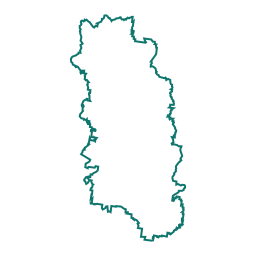 outline of Somerset, Queensland, Australia
{"feature_id": "25037944B77651628616749", "entity_name": "Somerset", "entity_type": "district", "adm_level": 2, "iso_a3": "AUS", "parent_name": "Australia", "parent_adm1": "Queensland", "projection": "natural_earth1", "projection_center": [152.451, -27.012], "detail": "fine", "context": "isolated", "style": "outline", "palette": "teal", "viewbox_px": 256, "rotation_deg": 0, "n_neighbors": 0, "source": "geoboundaries", "source_scale": "gbopen_adm2", "svg_char_len": 5743}
<svg xmlns="http://www.w3.org/2000/svg" viewBox="0 0 256 256"><path d="M183.7,189.9L183.8,188.7L185.0,187.8L185.1,186.2L184.5,185.1L182.1,184.8L180.9,185.5L177.9,184.0L176.3,184.6L176.4,181.5L173.2,180.9L172.5,178.7L172.5,176.9L174.3,174.4L174.1,173.2L176.0,171.2L175.7,169.9L176.2,168.5L175.9,166.6L176.2,165.8L178.7,162.5L180.4,161.3L180.5,160.4L181.2,160.2L180.5,158.6L182.2,156.0L180.3,150.2L180.7,147.5L181.2,147.3L181.4,146.3L178.6,146.2L176.9,145.0L173.9,144.3L172.1,144.6L171.7,143.4L173.5,142.2L173.0,139.2L171.9,137.1L174.8,137.5L174.8,136.8L174.4,137.2L173.8,136.7L173.8,135.4L175.3,134.2L175.2,132.4L176.0,131.9L176.2,130.6L174.9,128.1L175.1,127.5L172.8,124.2L173.1,123.0L173.6,123.1L173.8,122.5L173.3,122.5L173.4,121.4L172.8,121.7L172.3,121.3L172.3,120.0L173.2,118.7L170.9,118.6L169.7,119.4L169.4,118.7L170.2,117.4L168.6,116.8L168.5,116.3L167.5,116.6L167.9,115.3L169.3,115.4L169.7,114.2L170.2,114.3L170.2,113.6L170.8,113.2L170.5,111.2L171.1,110.0L171.7,110.2L171.9,109.2L173.5,108.2L169.1,107.5L170.1,106.7L170.2,104.7L173.7,104.9L173.9,103.8L173.6,101.7L173.0,101.4L173.4,100.6L171.7,98.8L171.9,98.1L171.5,96.9L170.9,96.9L170.4,95.8L170.8,94.4L170.0,93.3L170.2,92.6L172.0,91.5L171.7,90.6L172.1,89.8L170.9,89.3L172.1,88.6L172.5,87.3L172.0,86.7L172.1,84.7L171.0,84.2L170.5,83.3L170.2,79.9L168.0,78.9L166.3,80.0L166.0,78.2L165.5,77.6L164.4,78.2L159.3,76.8L158.6,75.1L157.4,74.7L156.2,73.3L156.0,72.4L156.7,71.9L156.1,71.4L155.5,68.4L153.1,66.6L151.8,66.2L150.8,66.6L150.8,64.7L151.9,63.1L151.5,62.6L151.6,61.3L151.0,61.3L156.1,54.2L156.9,47.8L156.3,47.8L155.8,45.1L156.3,44.4L154.6,44.1L155.0,43.5L154.8,41.8L152.7,41.6L151.3,39.5L144.2,38.5L144.8,40.5L146.0,42.3L145.5,42.7L135.0,41.2L135.3,39.2L133.7,38.9L134.0,36.6L132.2,36.3L132.7,34.2L132.3,34.1L133.1,33.8L133.8,31.1L132.8,30.5L132.7,31.5L131.6,32.5L131.5,29.7L132.1,28.9L132.1,27.2L132.9,26.1L133.5,21.7L133.0,22.3L132.0,22.1L132.7,16.9L131.6,16.9L131.3,17.5L129.6,17.7L129.0,18.3L127.5,17.7L126.0,19.6L125.3,19.0L123.9,20.1L123.2,19.3L121.6,19.3L120.6,17.3L119.6,17.5L118.9,18.1L116.1,18.5L115.3,19.3L112.0,20.3L111.5,21.0L110.7,19.4L109.5,18.6L109.6,18.0L108.4,17.8L107.8,16.6L106.4,15.4L105.1,15.4L104.4,15.6L104.0,17.8L103.3,18.7L101.9,18.9L102.0,20.1L101.0,21.8L97.0,23.4L97.8,24.0L97.3,26.4L95.6,25.7L94.3,27.5L93.3,27.2L89.4,21.9L88.6,21.7L86.5,19.7L85.5,20.4L84.7,19.8L84.4,20.9L83.7,21.4L82.3,20.6L81.3,20.9L80.8,22.4L81.5,23.9L81.0,25.0L79.6,26.2L79.9,28.6L80.7,29.3L79.8,31.2L80.4,32.0L80.1,33.0L81.4,37.1L80.6,40.7L82.6,43.6L80.4,45.1L81.4,47.9L80.1,50.5L80.5,52.8L78.6,52.6L78.4,53.8L76.6,54.7L76.3,55.2L72.3,56.7L70.9,58.8L71.3,62.2L72.5,62.9L72.8,64.6L75.5,65.8L75.2,66.3L75.8,67.1L77.6,66.6L81.1,71.3L80.4,72.1L80.9,73.5L83.1,72.4L82.2,71.4L82.2,70.7L84.2,70.7L83.9,73.3L86.1,73.7L84.7,75.9L85.1,76.7L84.7,79.0L85.9,80.3L86.8,79.9L88.6,82.1L87.8,82.2L87.7,84.4L87.2,84.7L88.2,87.2L87.8,89.6L90.4,90.1L90.1,93.0L89.2,92.8L88.9,94.7L89.5,95.6L89.5,99.6L90.2,100.9L87.5,100.5L87.0,99.9L87.2,98.9L86.6,98.8L86.3,99.6L84.5,100.2L83.3,101.3L81.7,105.0L81.8,105.5L82.3,105.0L82.6,105.6L83.3,105.3L83.7,106.4L82.7,107.7L82.6,110.5L83.0,110.9L80.1,114.4L79.7,116.4L81.3,118.3L83.8,118.8L84.0,119.8L84.8,119.5L86.2,120.1L86.8,119.3L87.0,121.5L88.0,120.8L89.3,121.1L89.1,121.7L87.9,122.0L88.7,122.4L89.4,122.1L89.6,122.7L87.7,123.5L87.9,124.0L90.2,124.4L89.9,127.0L91.8,127.3L91.9,128.4L95.1,129.3L95.6,130.1L95.3,130.9L91.0,130.2L90.9,131.1L92.0,131.2L91.3,137.0L96.7,137.9L96.2,138.5L95.4,138.0L95.9,139.0L94.6,139.6L95.3,140.9L95.1,141.4L94.6,140.8L90.7,140.2L89.7,138.0L88.8,143.0L89.2,143.8L88.3,143.8L88.4,144.4L88.0,144.6L88.3,145.2L85.0,147.6L84.8,148.5L84.4,148.4L84.1,149.2L84.4,149.6L83.5,149.7L83.5,150.2L82.8,150.6L82.3,152.5L81.1,154.2L90.2,159.7L89.7,161.1L88.8,162.0L85.7,163.7L85.3,167.2L87.7,168.2L87.7,167.6L88.8,166.9L94.7,167.7L95.6,166.2L98.2,166.7L97.7,170.4L96.4,171.7L93.6,173.1L92.4,174.0L92.3,174.7L90.6,174.4L90.3,177.0L89.0,176.4L87.5,176.8L88.6,178.1L88.3,178.8L87.3,177.8L85.9,177.3L84.1,179.9L84.5,181.0L85.3,181.4L86.2,183.9L87.7,183.0L89.5,180.1L91.6,180.5L91.2,181.1L91.6,182.6L92.4,184.2L93.2,184.5L92.6,185.2L92.1,187.5L90.9,188.3L90.5,190.2L92.4,190.5L92.0,194.4L91.5,194.3L90.7,199.4L92.4,198.1L91.9,201.8L90.7,202.5L90.8,203.6L92.5,203.5L94.2,204.4L94.8,203.9L95.7,204.3L96.8,203.8L102.3,204.7L101.9,208.1L102.7,209.5L105.3,208.1L106.0,206.5L107.4,206.3L107.9,211.7L109.5,211.4L110.6,212.1L111.4,206.0L116.0,206.7L116.2,206.1L121.1,206.6L124.0,208.7L125.8,209.3L125.5,212.0L127.9,212.3L127.8,213.2L127.1,213.6L131.5,214.3L131.5,217.9L133.1,218.1L133.0,219.0L134.1,219.8L134.2,219.1L136.7,220.2L138.9,223.0L137.6,223.7L138.5,225.6L137.9,228.0L142.1,228.7L141.0,236.8L145.3,236.9L144.5,239.7L151.3,240.6L153.0,240.4L153.5,238.1L152.8,238.0L152.9,237.2L153.7,237.3L153.9,235.5L157.1,236.1L157.0,236.9L158.4,237.4L158.9,236.7L159.4,237.2L159.1,236.4L159.6,236.0L161.7,236.4L161.9,235.6L166.9,236.6L167.4,233.0L168.0,233.5L168.8,232.9L169.4,233.8L169.9,233.4L170.6,234.3L173.8,231.6L174.1,229.9L174.2,230.4L175.5,229.5L175.9,230.0L176.6,229.5L176.2,229.1L176.6,227.7L177.6,228.4L178.0,227.9L180.1,227.6L180.1,226.7L178.9,225.8L179.1,224.8L180.0,224.4L180.6,225.5L181.9,225.3L182.1,223.9L182.6,224.0L182.2,223.0L182.8,221.6L182.3,221.5L182.7,220.6L181.9,220.8L181.9,218.5L182.9,218.4L183.5,214.5L183.1,214.4L183.3,213.7L182.7,213.6L182.9,211.8L182.4,211.8L183.5,210.9L183.6,209.4L183.2,209.3L183.5,207.7L182.5,207.5L182.6,204.6L181.1,205.4L181.7,200.9L180.9,200.7L181.1,199.5L179.3,199.2L179.6,197.0L176.9,196.5L176.7,197.6L175.6,197.4L175.5,198.4L174.3,198.2L174.0,200.2L173.4,200.1L173.3,200.8L172.2,200.6L172.9,195.9L174.1,194.9L178.5,192.3L178.8,190.8L182.1,190.8L183.7,189.9Z" fill="none" stroke="#0f766e" stroke-width="2"/></svg>